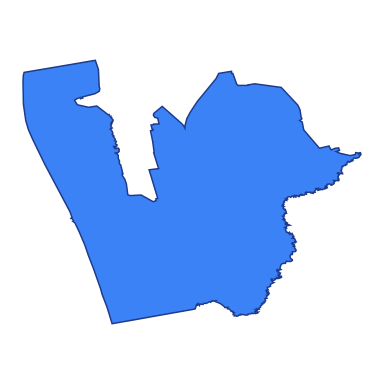 outline of Rucavas pag., Rucavas, Latvia
{"feature_id": "27541924B59290429759101", "entity_name": "Rucavas pag.", "entity_type": "district", "adm_level": 2, "iso_a3": "LVA", "parent_name": "Latvia", "parent_adm1": "Rucavas", "projection": "natural_earth1", "projection_center": [21.143, 56.166], "detail": "fine", "context": "isolated", "style": "filled", "palette": "blue", "viewbox_px": 384, "rotation_deg": 0, "n_neighbors": 0, "source": "geoboundaries", "source_scale": "gbopen_adm2", "svg_char_len": 6055}
<svg xmlns="http://www.w3.org/2000/svg" viewBox="0 0 384 384"><path d="M24.1,72.4L23.3,75.5L23.0,82.0L23.4,104.1L25.8,120.8L28.4,129.6L32.7,139.4L44.9,164.5L69.9,211.6L72.1,217.5L70.3,218.7L71.5,218.2L72.3,218.9L73.5,220.9L73.6,221.6L73.2,221.6L75.0,223.0L79.4,232.3L84.9,245.2L88.4,255.5L93.6,268.9L100.6,288.8L102.1,294.3L107.1,307.3L112.1,323.7L195.1,309.0L196.3,305.7L197.4,305.3L196.5,304.9L197.9,303.4L199.5,305.5L199.9,304.0L203.1,304.4L203.7,303.3L206.3,303.4L209.6,301.7L210.6,302.3L212.3,300.6L212.9,301.2L215.9,300.7L215.2,301.5L220.2,303.5L224.0,306.3L224.9,307.6L228.0,307.3L227.4,308.8L229.5,309.1L231.2,311.4L231.9,311.1L232.9,311.5L232.7,312.1L234.3,312.7L233.2,313.6L233.2,314.7L234.4,314.9L234.4,315.9L235.3,315.5L236.4,316.2L238.0,316.0L239.2,314.8L239.8,315.1L240.7,314.4L241.0,314.9L242.2,314.4L245.9,315.1L247.9,314.9L248.0,314.1L251.0,313.8L251.7,313.1L253.0,313.6L255.2,313.2L255.5,313.6L257.6,313.0L258.3,312.2L257.5,312.4L256.9,311.7L255.0,311.6L255.6,310.8L256.6,310.6L255.6,309.7L257.3,310.0L257.6,309.6L257.3,309.0L258.1,309.5L259.4,309.1L258.9,308.3L260.7,306.9L260.4,305.9L262.6,304.4L261.9,303.4L264.1,303.0L264.5,302.5L264.0,302.0L264.9,301.9L264.9,301.0L265.6,300.7L264.9,298.7L267.0,298.2L266.3,297.2L267.0,296.0L266.6,295.3L267.7,295.4L268.3,294.7L267.5,294.7L268.6,294.4L269.0,293.5L268.5,293.4L268.6,292.9L267.8,293.1L268.1,292.1L267.2,292.7L267.2,292.0L266.5,291.7L267.1,290.9L266.3,290.3L268.2,289.8L267.4,288.5L267.3,287.5L270.5,286.3L270.4,284.4L273.8,282.5L272.7,282.2L272.2,281.0L271.4,280.5L271.2,279.0L272.0,279.0L273.0,280.5L273.6,280.4L274.8,279.9L275.2,279.4L274.8,278.8L277.7,278.5L277.0,277.7L279.6,278.2L281.5,277.3L281.5,276.3L280.9,276.0L280.2,276.1L279.7,276.9L278.8,276.5L279.1,275.5L278.1,275.1L280.2,274.0L280.5,273.1L278.3,272.8L278.9,272.0L276.8,270.7L276.7,270.0L277.8,269.5L279.0,270.2L281.0,269.5L280.0,268.7L280.1,267.6L281.1,264.7L282.4,263.5L285.4,263.3L286.3,261.3L290.6,261.5L292.4,260.5L292.3,259.5L291.1,259.1L290.2,257.3L290.1,255.6L291.0,254.7L292.3,254.5L292.4,254.0L291.8,253.6L292.5,253.3L292.3,251.8L295.2,251.6L296.0,250.8L295.6,250.5L295.9,249.5L294.4,247.9L294.8,246.7L293.7,246.3L294.2,246.1L293.8,245.5L294.5,245.3L294.2,244.6L292.3,244.3L291.9,243.5L292.8,243.3L292.7,242.8L295.1,242.7L294.8,241.6L296.1,241.8L294.6,238.7L292.4,238.3L293.9,237.2L293.9,236.4L293.5,236.1L292.8,236.6L293.0,235.0L292.0,234.2L292.1,233.6L290.1,234.3L290.5,233.3L289.5,233.1L289.4,232.4L288.5,233.2L287.5,232.3L286.6,232.3L285.2,229.1L285.6,228.4L287.2,228.5L285.1,227.4L286.2,227.2L286.9,225.7L289.8,225.2L287.4,224.2L285.4,224.4L285.3,223.1L287.0,223.6L287.4,223.0L285.6,222.0L285.2,221.0L283.2,219.6L284.8,219.2L284.2,218.4L283.4,219.0L283.6,216.7L282.9,216.2L284.3,216.0L283.8,214.6L285.1,214.0L285.4,213.6L285.1,213.1L286.5,213.2L285.5,209.8L285.1,209.5L284.6,209.9L284.1,209.3L284.4,209.0L283.3,208.7L283.2,207.2L284.0,206.7L283.2,206.5L283.2,205.9L282.3,206.1L282.0,205.3L283.9,204.6L283.3,203.5L284.4,202.2L283.8,201.6L285.1,200.3L286.6,200.4L285.8,199.1L286.7,199.5L287.6,199.0L286.8,198.2L287.8,197.0L290.0,196.6L290.8,197.3L292.0,196.1L293.2,196.2L293.5,196.9L294.1,196.0L294.9,197.0L295.8,197.0L295.3,195.7L296.2,196.2L296.7,195.5L298.5,196.5L298.8,195.9L299.4,196.3L299.7,195.0L300.4,195.0L301.0,194.2L302.2,194.7L301.9,195.2L304.4,195.0L305.4,193.9L306.3,194.1L305.9,193.1L306.6,192.7L305.7,192.6L306.3,192.0L307.1,192.5L310.0,192.1L310.5,192.9L312.5,193.2L312.4,192.5L313.3,193.1L313.4,192.5L315.0,192.3L314.6,191.5L314.0,191.6L315.5,190.6L315.9,189.2L316.4,189.2L315.9,188.6L318.5,188.4L318.0,190.3L320.2,189.8L320.3,188.8L322.2,189.7L324.6,188.7L324.9,187.6L325.2,188.4L325.9,187.6L326.0,188.4L327.2,187.8L327.4,187.1L326.2,186.6L325.9,185.8L327.5,184.9L327.2,184.3L329.9,183.9L331.0,185.2L332.2,184.9L332.1,184.3L333.4,184.2L334.1,183.3L333.7,182.7L334.8,181.7L333.7,180.5L338.7,180.7L338.9,179.9L338.2,179.2L338.8,178.9L337.9,177.9L338.3,177.2L337.9,176.5L339.2,174.8L338.5,174.8L338.4,174.0L337.4,173.2L338.7,172.7L338.9,173.3L342.6,173.8L342.5,173.1L341.5,172.8L341.7,171.8L340.9,170.3L341.7,169.6L342.0,166.7L342.9,166.6L342.9,165.9L345.4,165.3L345.5,164.4L346.7,164.7L347.3,162.0L348.0,161.4L348.8,161.5L349.0,162.3L351.8,161.1L351.0,161.0L351.3,160.1L352.7,160.1L353.7,158.1L356.6,158.2L358.9,157.4L361.0,154.2L360.3,153.7L360.4,152.7L359.7,152.7L358.9,154.1L358.5,153.0L355.7,152.6L355.2,154.6L350.1,155.6L340.0,153.3L336.1,151.6L339.5,150.5L338.7,147.9L335.4,148.2L331.3,149.9L329.4,147.1L329.1,146.0L319.4,148.2L303.8,130.0L302.2,122.0L299.6,120.5L301.9,118.8L301.1,117.0L300.0,109.8L297.8,105.1L281.2,87.4L254.7,83.8L247.8,84.9L247.9,85.4L237.8,85.4L236.7,84.1L232.8,73.4L231.6,73.4L231.5,71.3L218.7,73.4L216.0,78.7L197.3,101.5L190.3,112.1L186.8,118.7L185.0,125.7L184.9,128.2L183.5,125.6L181.8,123.7L162.2,106.4L153.7,113.5L153.4,115.3L154.8,117.4L157.7,118.1L159.0,123.9L153.5,124.1L153.4,124.7L151.0,125.0L152.1,129.0L152.7,129.0L153.1,130.2L150.5,130.7L152.7,141.6L154.2,152.8L153.7,152.9L158.6,168.6L149.1,169.8L157.7,198.2L155.9,198.8L156.2,200.0L155.7,200.3L155.9,200.8L153.2,201.7L141.1,195.0L130.4,195.6L127.8,194.8L126.4,183.9L124.8,179.2L122.1,175.2L123.0,173.8L122.1,173.1L122.6,172.5L120.7,165.0L119.3,163.5L119.5,160.9L118.3,158.5L118.2,155.2L117.2,153.9L114.5,152.7L116.6,153.1L118.3,152.3L119.1,151.5L119.1,149.1L118.2,148.1L116.1,148.7L115.6,147.9L114.6,148.3L113.6,146.5L116.6,146.5L117.1,144.9L115.6,144.0L115.4,143.4L116.4,141.4L114.6,140.5L115.2,139.5L114.9,138.5L113.8,137.5L113.9,136.6L113.1,136.2L113.7,135.8L112.2,134.5L112.9,133.8L112.5,133.1L112.7,132.6L111.5,130.1L110.2,129.1L112.2,128.0L110.8,126.5L111.5,124.4L110.6,123.9L110.8,123.4L111.8,123.4L112.3,122.6L111.6,122.0L113.1,120.9L112.7,120.5L113.0,119.7L111.7,118.5L111.7,117.6L110.7,117.4L110.9,116.2L110.2,116.2L109.3,115.5L109.1,114.5L108.0,114.6L96.8,106.0L88.7,107.3L77.4,104.8L74.8,100.7L74.7,99.9L77.8,98.3L80.1,97.5L80.5,98.7L82.7,98.1L82.2,97.0L95.0,93.7L99.3,91.2L99.8,88.6L99.2,86.5L98.4,69.4L95.3,60.3L24.1,72.4Z" fill="#3b82f6" stroke="#1e3a8a" stroke-width="1.5"/></svg>